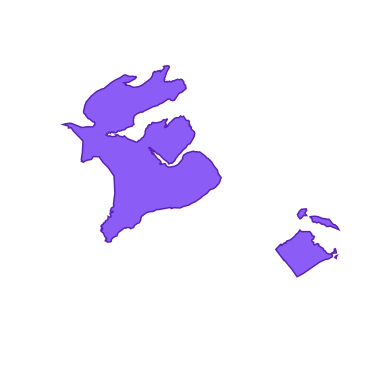 outline of Buton Tengah, Sulawesi Tenggara, Indonesia, rotated 235°
{"feature_id": "22746128B6718763508294", "entity_name": "Buton Tengah", "entity_type": "district", "adm_level": 2, "iso_a3": "IDN", "parent_name": "Indonesia", "parent_adm1": "Sulawesi Tenggara", "projection": "equal_earth", "projection_center": [122.47, -5.333], "detail": "fine", "context": "isolated", "style": "filled", "palette": "violet", "viewbox_px": 384, "rotation_deg": 235, "n_neighbors": 0, "source": "geoboundaries", "source_scale": "gbopen_adm2", "svg_char_len": 6059}
<svg xmlns="http://www.w3.org/2000/svg" viewBox="0 0 384 384"><g transform="rotate(235 192 192)"><path d="M201.7,93.0L199.4,94.1L197.9,96.8L198.0,97.7L199.4,98.8L199.8,100.7L199.9,102.0L199.2,105.3L201.1,108.3L201.3,116.2L200.5,116.8L200.1,118.5L198.7,120.4L197.1,120.8L196.5,123.8L197.5,125.6L197.7,128.9L197.1,130.8L197.5,132.2L198.9,134.4L199.7,134.8L200.6,136.2L201.0,137.2L201.2,142.9L200.3,145.6L198.5,148.8L197.9,151.8L198.1,152.7L196.7,154.6L192.2,164.5L191.1,165.9L190.4,165.5L189.5,168.2L185.7,173.2L185.1,176.5L183.1,182.1L182.9,185.7L182.2,189.0L182.1,195.6L182.5,198.2L182.4,203.6L183.6,208.0L182.5,211.4L182.5,214.3L183.5,218.7L184.7,220.9L187.2,224.2L192.0,224.0L195.3,225.3L200.9,225.0L205.4,225.3L210.0,224.4L211.3,223.7L214.0,223.4L220.4,221.3L221.5,219.5L222.4,218.9L222.9,217.8L224.6,216.6L226.8,210.5L227.0,206.4L225.5,203.8L224.7,203.4L224.1,202.3L222.5,196.3L223.0,192.7L225.1,188.1L226.0,187.0L227.9,185.9L230.2,186.3L230.8,185.9L231.9,183.4L232.8,183.4L232.6,182.1L232.9,181.8L233.6,181.9L234.1,183.4L234.8,183.9L237.4,183.6L238.6,182.9L243.3,182.6L245.4,181.7L244.8,182.6L245.7,182.9L246.1,182.1L247.2,181.5L247.6,182.3L248.3,181.9L249.1,182.4L249.8,182.0L249.5,182.6L250.1,182.8L252.0,182.5L252.7,181.8L252.9,182.1L252.6,182.1L252.2,183.3L248.7,183.9L247.5,183.5L247.0,184.0L247.4,184.7L243.6,185.3L241.0,186.9L236.2,187.4L230.1,189.3L228.3,189.1L227.6,191.8L227.1,192.0L227.1,192.9L227.6,195.9L228.8,198.2L230.3,202.6L230.4,204.8L231.6,208.8L231.9,212.8L233.1,215.1L233.1,216.9L232.6,218.0L235.7,224.7L237.0,226.6L238.6,227.9L240.0,228.4L244.0,227.5L246.0,229.1L245.7,228.6L246.0,228.1L247.7,228.5L247.4,228.0L247.7,227.6L248.6,228.3L248.7,228.8L249.4,228.7L251.7,230.4L252.9,229.9L253.4,228.7L254.5,228.3L258.9,228.5L259.3,227.0L260.9,226.1L260.3,224.0L261.8,222.0L262.4,219.7L261.4,214.4L261.4,213.0L260.6,211.0L260.8,209.3L260.6,208.9L260.5,211.0L259.7,209.4L260.2,206.9L261.0,206.7L262.4,209.8L264.0,209.5L265.6,213.4L266.2,213.4L266.0,212.2L267.6,209.9L267.1,207.4L269.2,202.0L271.4,199.9L271.7,198.9L270.7,197.8L270.9,196.6L271.8,195.4L271.1,195.0L271.0,193.9L271.3,193.5L270.2,192.3L270.4,191.4L270.2,190.7L268.4,188.3L266.6,187.1L264.8,183.6L264.9,181.8L264.2,179.0L264.9,177.7L264.3,176.0L264.6,175.1L272.7,169.7L276.7,168.8L276.9,166.8L279.7,164.4L281.4,164.0L282.4,162.3L281.6,162.5L281.4,161.5L283.0,158.5L285.0,156.6L285.2,156.8L285.7,155.5L287.8,154.6L287.7,155.2L288.0,155.8L288.8,155.9L288.2,157.2L288.4,158.1L287.7,158.5L288.1,158.5L288.1,158.9L287.3,159.3L287.3,160.6L286.8,161.5L286.0,161.3L285.8,162.1L285.4,161.8L284.2,163.5L284.0,164.6L284.6,166.3L283.4,167.6L282.9,169.1L282.9,170.1L281.7,172.5L282.1,175.6L280.3,181.0L280.9,181.8L280.6,183.8L280.9,183.4L281.8,183.5L285.1,185.7L287.3,187.9L287.7,191.5L286.9,195.9L286.1,196.7L285.7,198.1L285.8,199.2L284.3,208.7L282.6,213.5L282.7,215.3L281.9,219.3L281.9,225.4L280.8,227.3L279.6,227.2L278.0,228.4L277.3,230.3L280.3,237.9L279.6,240.8L280.1,246.3L280.4,246.8L281.8,247.0L283.1,247.9L284.9,247.4L287.1,248.4L289.4,248.4L290.4,247.9L290.9,247.4L291.2,245.9L292.5,245.0L293.6,240.6L294.1,240.0L294.1,238.2L294.9,237.3L295.3,237.4L295.4,237.9L296.1,235.4L296.7,234.6L297.0,234.8L298.0,232.8L299.7,233.3L299.8,234.1L300.3,234.0L301.2,234.9L301.2,235.4L304.6,239.8L307.3,245.1L308.2,245.3L309.2,244.7L311.0,241.4L311.0,240.6L310.0,240.8L309.1,239.6L308.6,235.1L309.9,235.6L310.1,234.3L310.8,233.6L310.9,232.4L311.4,231.0L312.1,230.7L312.3,231.1L311.9,228.4L309.8,226.1L308.5,222.7L308.1,212.8L308.8,208.9L310.8,204.7L313.2,202.7L315.1,201.9L317.5,198.8L318.1,199.1L318.1,199.9L320.5,198.8L318.2,203.2L317.4,210.6L318.0,212.2L318.9,212.2L319.2,211.0L320.3,210.4L322.9,206.7L326.2,204.6L326.8,203.0L326.8,198.2L327.8,192.7L327.9,187.6L327.2,179.3L328.3,176.4L328.5,174.0L329.0,172.7L328.8,169.6L328.3,164.2L326.3,156.8L324.3,153.9L320.1,149.3L319.3,148.8L317.5,148.7L316.8,149.4L315.8,148.8L311.5,149.1L310.8,149.9L306.2,151.1L305.1,152.3L303.1,151.4L302.9,149.9L302.4,149.7L302.3,147.8L305.2,144.3L307.6,139.4L308.5,138.4L317.7,132.3L319.9,128.7L321.2,125.1L317.6,128.1L316.5,128.4L315.3,127.5L314.0,129.9L310.3,129.8L296.3,132.0L287.3,124.9L281.8,119.7L280.6,119.9L280.5,119.1L278.7,120.1L278.5,123.7L276.4,128.3L277.6,131.5L274.2,136.1L267.4,136.1L260.2,137.4L249.8,137.3L235.5,128.3L227.0,120.6L225.9,120.2L224.8,119.2L225.1,118.0L224.9,116.4L223.3,114.2L222.0,114.3L221.7,116.1L220.9,115.9L221.1,114.2L221.7,112.8L220.1,112.0L219.0,112.2L218.1,111.0L218.5,110.1L220.1,109.3L218.9,108.5L217.8,107.2L217.8,104.2L216.9,103.4L217.3,101.7L216.4,100.9L216.8,99.8L216.2,97.9L215.3,98.4L214.1,96.8L213.7,96.9L213.6,97.9L213.2,97.9L212.6,97.0L213.1,96.7L213.1,95.4L212.2,95.8L211.8,95.0L209.3,95.9L205.6,95.0L203.6,95.5L203.1,94.6L202.7,95.2L201.8,94.8L201.7,93.0ZM59.0,265.3L58.5,269.6L59.1,270.5L60.7,270.7L61.0,271.3L60.6,273.4L59.3,275.1L59.7,275.6L63.0,276.8L63.5,276.7L63.5,275.7L62.1,274.9L61.6,273.5L61.8,270.0L62.2,268.9L64.5,267.3L67.7,267.2L68.6,266.4L69.7,267.0L71.4,266.8L72.3,265.9L73.3,266.0L75.6,264.8L76.2,265.8L76.8,265.8L77.8,265.2L78.5,261.8L79.5,261.8L80.9,262.8L81.3,262.8L81.8,262.0L83.3,262.2L84.0,262.7L84.1,263.9L83.8,264.5L85.4,266.7L87.7,265.4L88.8,266.0L92.0,265.8L96.5,259.3L97.7,258.6L98.9,258.6L97.7,255.4L97.7,253.4L97.0,251.5L96.4,246.7L96.5,244.5L97.4,241.8L97.0,240.1L96.3,239.9L96.3,239.4L97.4,238.4L96.5,235.2L97.0,234.5L97.8,235.2L98.3,234.5L96.9,227.7L83.1,228.1L83.1,228.6L71.6,229.5L62.3,229.5L61.5,236.1L61.4,256.3L60.4,262.1L59.0,265.3ZM101.8,275.1L99.1,273.9L97.7,274.1L97.1,275.4L95.2,276.5L94.5,278.3L93.5,279.1L91.5,279.7L89.5,281.7L86.4,282.6L84.6,285.8L77.0,290.7L80.2,291.0L83.3,290.3L83.9,289.4L85.4,288.9L90.8,288.7L91.7,287.9L92.4,286.5L93.7,286.0L94.9,284.2L99.7,280.9L102.0,278.3L104.0,274.6L103.2,274.2L101.8,275.1ZM111.1,265.0L108.1,265.1L107.9,266.8L108.8,269.7L106.9,272.4L109.7,272.4L110.6,273.4L111.2,275.5L112.7,275.9L115.1,271.5L114.3,268.1L113.5,266.9L113.2,265.5L111.1,265.0ZM56.5,271.4L55.0,272.1L56.1,272.9L56.8,274.5L57.1,273.6L56.5,271.4Z" fill="#8b5cf6" stroke="#5b21b6" stroke-width="1.5"/></g></svg>